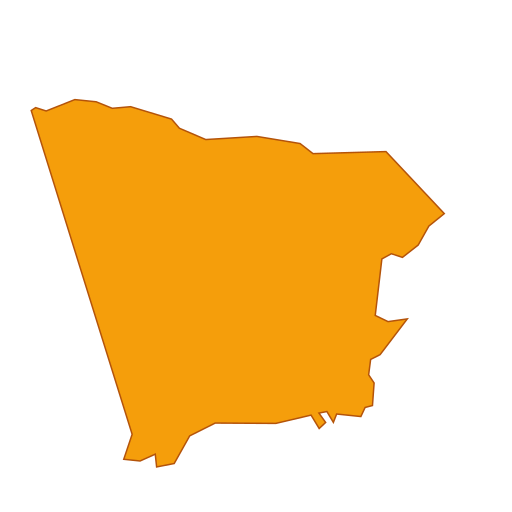 Wau, Western Bahr el Ghazal, South Sudan, rotated 79°
{"feature_id": "79223893B74023037447504", "entity_name": "Wau", "entity_type": "district", "adm_level": 2, "iso_a3": "SSD", "parent_name": "South Sudan", "parent_adm1": "Western Bahr el Ghazal", "projection": "robinson", "projection_center": [27.449, 7.398], "detail": "fine", "context": "isolated", "style": "filled", "palette": "amber", "viewbox_px": 512, "rotation_deg": 79, "n_neighbors": 0, "source": "geoboundaries", "source_scale": "gbopen_adm2", "svg_char_len": 736}
<svg xmlns="http://www.w3.org/2000/svg" viewBox="0 0 512 512"><g transform="rotate(79 256 256)"><path d="M178.3,108.5L166.4,180.5L154.0,191.3L138.8,232.3L132.1,283.1L116.0,306.8L105.5,312.8L85.5,350.6L83.6,368.9L74.1,383.5L67.9,404.0L73.6,434.3L68.3,444.0L70.3,448.9L213.6,433.1L407.4,411.6L430.3,424.6L435.1,408.9L431.3,392.7L444.1,393.8L444.1,375.9L419.9,355.4L412.2,327.9L424.1,268.5L422.7,232.3L437.4,226.9L432.7,219.4L422.2,224.2L422.2,216.1L434.1,211.8L426.5,207.0L433.6,183.7L425.5,177.8L425.0,170.2L403.2,164.3L394.1,168.1L379.4,163.2L376.5,153.0L346.6,119.5L345.6,138.9L337.1,150.3L282.9,133.0L279.6,122.7L285.3,112.5L276.2,94.7L259.6,80.6L250.3,63.1L178.3,108.5Z" fill="#f59e0b" stroke="#b45309" stroke-width="1.5"/></g></svg>